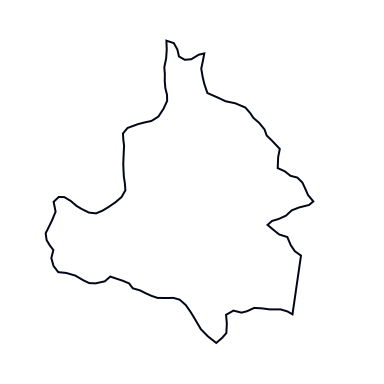 Serrana, São Paulo, Brazil, rotated 286°
{"feature_id": "56859067B60558189940827", "entity_name": "Serrana", "entity_type": "district", "adm_level": 2, "iso_a3": "BRA", "parent_name": "Brazil", "parent_adm1": "São Paulo", "projection": "orthographic", "projection_center": [-47.608, -21.215], "detail": "fine", "context": "isolated", "style": "outline", "palette": "ink", "viewbox_px": 384, "rotation_deg": 286, "n_neighbors": 0, "source": "geoboundaries", "source_scale": "gbopen_adm2", "svg_char_len": 1670}
<svg xmlns="http://www.w3.org/2000/svg" viewBox="0 0 384 384"><g transform="rotate(286 192 192)"><path d="M144.4,61.7L135.5,66.3L126.2,65.3L118.4,63.9L112.0,62.7L105.7,65.5L101.5,70.0L98.0,74.7L89.7,75.0L82.7,79.3L78.1,85.5L79.5,93.3L79.5,102.8L77.2,111.8L76.1,118.3L77.6,124.5L82.1,132.8L88.2,136.8L87.9,142.7L87.6,149.9L86.8,156.7L83.1,161.6L83.1,169.1L81.9,175.4L81.0,181.6L80.7,188.1L83.0,196.5L85.1,203.4L85.1,209.8L81.6,217.2L76.4,223.6L72.1,228.3L62.6,238.3L57.7,246.9L53.6,256.9L60.0,261.1L65.8,263.9L75.0,261.8L83.3,258.6L89.4,264.5L89.7,272.9L92.6,277.8L97.7,283.7L99.4,291.1L100.6,299.2L103.6,309.6L103.5,316.7L102.1,322.3L160.9,314.3L163.4,307.2L168.0,301.7L175.0,296.0L175.2,287.5L178.1,280.6L181.2,273.7L186.2,276.9L190.0,282.8L195.2,288.9L201.8,292.9L206.6,299.1L211.8,308.1L216.4,311.2L221.1,304.3L227.4,299.1L231.6,295.4L234.9,289.3L234.7,282.2L237.5,275.4L238.6,267.8L249.3,265.2L257.6,264.5L263.4,254.7L266.9,248.2L272.1,244.5L276.9,237.6L280.2,230.5L283.9,226.2L287.9,220.0L289.2,209.2L288.5,199.1L289.9,190.6L291.4,179.5L299.5,173.9L305.6,170.5L313.1,166.9L321.4,166.3L328.6,165.6L325.8,160.6L319.4,154.7L317.1,148.6L318.7,142.1L324.9,138.7L330.1,133.5L330.4,125.7L321.8,128.5L313.3,130.3L304.3,131.0L297.8,133.4L290.9,135.3L284.6,137.7L278.5,141.2L272.7,143.0L264.2,141.7L255.2,138.9L249.1,133.4L245.6,126.9L242.3,121.3L235.8,112.4L229.2,109.5L223.0,111.7L217.9,113.9L212.4,115.2L205.7,116.8L200.0,118.2L194.8,119.9L187.9,122.3L181.8,125.1L175.3,127.5L167.8,125.7L161.1,121.3L154.2,115.6L149.2,110.9L145.0,105.6L143.8,98.6L145.3,90.5L146.8,84.8L149.9,78.1L151.9,70.7L150.5,65.3L144.4,61.7Z" fill="none" stroke="#020617" stroke-width="2"/></g></svg>